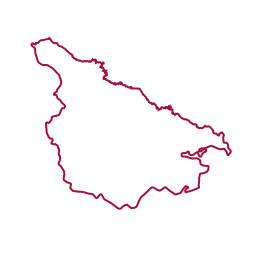 outline of Cat Tien, Lâm Đồng, Vietnam, rotated 276°
{"feature_id": "81297802B49537212124970", "entity_name": "Cat Tien", "entity_type": "district", "adm_level": 2, "iso_a3": "VNM", "parent_name": "Vietnam", "parent_adm1": "Lâm Đồng", "projection": "robinson", "projection_center": [107.427, 11.659], "detail": "fine", "context": "isolated", "style": "outline", "palette": "rose", "viewbox_px": 256, "rotation_deg": 276, "n_neighbors": 0, "source": "geoboundaries", "source_scale": "gbopen_adm2", "svg_char_len": 5842}
<svg xmlns="http://www.w3.org/2000/svg" viewBox="0 0 256 256"><g transform="rotate(276 128 128)"><path d="M202.9,27.6L201.8,27.6L201.4,27.3L201.4,26.6L202.2,24.4L201.6,23.5L200.6,23.3L199.8,23.8L198.1,26.6L197.3,27.3L192.5,28.1L190.2,29.2L186.2,30.7L184.4,31.8L183.5,32.7L182.1,35.4L181.7,37.5L182.0,38.9L182.0,41.6L179.4,47.0L173.5,53.9L167.6,56.7L165.7,56.8L163.4,56.3L160.9,55.0L158.9,53.6L157.3,53.5L155.8,52.2L155.4,51.6L154.3,50.9L153.6,50.8L153.3,51.1L153.3,53.1L152.9,53.6L150.1,54.9L148.4,57.8L146.5,59.2L144.1,62.5L143.4,63.0L142.6,63.1L141.1,62.5L140.8,60.8L140.4,60.3L138.1,59.3L136.0,59.0L133.8,57.9L132.6,55.4L132.1,53.4L131.4,51.7L130.7,51.1L128.4,51.1L126.1,49.9L124.8,48.6L125.1,47.0L124.2,45.9L122.9,46.0L121.9,46.5L119.9,46.5L118.5,47.1L116.2,47.3L114.4,47.9L110.7,50.1L109.5,51.5L109.5,53.0L109.0,53.9L108.5,54.4L107.9,54.4L105.6,53.5L104.5,53.7L104.1,55.6L104.4,57.4L103.2,59.5L102.7,60.0L101.3,60.4L100.7,60.9L98.9,61.8L97.4,62.0L96.3,61.7L94.5,62.0L94.1,62.1L93.2,63.1L90.9,63.7L88.5,63.6L86.3,62.6L84.8,62.9L83.7,63.9L83.4,64.9L78.3,68.9L75.6,69.5L70.7,69.3L69.5,69.8L69.0,70.5L67.7,72.8L67.0,76.3L66.5,77.0L65.8,77.2L62.5,76.8L62.0,77.1L60.0,79.3L59.7,79.9L59.6,81.2L59.5,85.3L59.7,88.6L59.4,91.9L58.7,95.0L58.6,99.4L57.7,100.8L55.1,103.5L55.0,104.1L55.6,104.9L58.6,106.8L59.2,107.7L59.2,108.3L58.8,109.0L55.4,111.3L54.6,112.0L51.4,119.3L47.2,126.2L46.8,128.4L47.3,129.5L48.9,130.6L50.4,132.3L51.2,133.6L51.7,135.1L49.6,138.0L48.7,139.9L49.3,142.6L50.5,144.5L51.5,145.1L55.7,146.2L58.6,147.3L60.8,148.4L63.7,151.2L70.6,157.0L71.5,158.2L71.5,159.4L69.5,163.7L69.1,166.2L70.1,167.8L72.6,170.5L72.9,171.7L69.6,176.6L68.4,179.2L67.1,181.1L66.9,181.9L68.0,185.2L69.0,187.2L73.6,189.5L76.2,191.5L76.3,192.0L76.1,192.5L75.4,193.9L75.1,194.0L74.6,193.8L73.3,192.2L72.1,191.5L70.6,191.6L70.2,192.2L70.3,193.1L70.9,194.0L71.6,196.2L74.6,202.4L76.1,204.7L76.6,204.9L78.6,204.2L82.7,204.3L86.1,204.0L89.6,204.4L90.2,204.8L90.9,207.8L92.7,211.0L94.5,212.0L97.1,212.3L98.1,212.1L98.5,211.7L98.6,211.1L98.5,206.9L99.2,204.8L99.5,204.3L100.6,203.6L103.3,203.2L104.6,201.2L105.1,199.2L104.3,195.3L104.6,192.6L105.6,189.2L105.4,185.2L105.7,184.7L106.5,184.1L107.9,184.1L108.7,184.9L109.1,188.0L110.8,190.1L110.9,190.6L110.5,191.1L108.8,191.4L108.1,192.2L107.7,192.7L107.6,194.1L108.5,196.1L110.8,198.5L111.2,199.3L111.0,199.8L110.5,200.1L107.5,201.8L107.1,202.6L107.2,203.6L109.8,204.5L110.4,204.9L111.2,205.5L113.0,208.1L113.8,208.2L114.8,207.6L115.1,206.6L114.6,205.6L112.4,202.9L112.1,201.7L112.4,200.9L114.4,201.5L114.9,202.2L115.4,203.4L116.0,206.8L118.5,211.4L118.9,212.5L118.7,214.1L116.6,220.7L116.6,222.4L117.2,225.0L117.2,226.3L114.5,228.5L111.7,229.9L111.5,230.2L111.7,230.7L114.0,232.4L115.1,232.7L115.8,232.6L116.8,232.0L117.7,230.7L118.9,229.7L122.4,228.9L123.0,228.4L123.6,227.6L123.4,225.5L123.7,224.7L127.9,223.7L131.1,224.1L133.4,221.9L132.4,220.0L131.9,219.6L130.1,219.4L130.0,218.8L130.3,218.0L131.7,216.3L131.6,214.4L131.8,213.9L132.9,213.1L133.9,213.0L134.6,212.6L137.0,210.2L137.8,209.1L138.1,208.1L137.5,206.0L138.1,204.9L138.2,204.4L137.5,204.0L135.9,202.3L135.5,200.7L135.7,199.9L135.4,199.2L135.4,198.0L136.2,197.4L136.3,196.5L136.8,196.5L137.2,195.9L138.2,195.8L138.7,195.0L138.8,194.3L138.4,193.4L138.7,192.6L138.6,191.9L139.3,191.2L140.5,188.7L141.8,187.7L142.0,186.3L142.6,185.5L142.5,184.6L142.8,183.9L142.5,183.4L142.6,182.4L143.3,181.2L143.4,180.4L144.1,179.7L145.0,178.3L146.1,177.2L146.9,176.9L147.4,176.1L147.4,175.6L146.9,174.8L147.1,174.1L146.0,173.3L146.7,172.7L146.9,170.8L147.2,170.6L147.3,171.4L147.6,171.5L149.1,170.4L151.0,170.3L151.2,169.9L150.7,167.9L151.0,167.1L151.7,167.5L152.9,167.5L152.8,168.3L153.1,168.6L153.4,168.4L153.6,167.5L154.5,167.2L154.1,166.4L152.4,166.1L151.7,165.3L151.9,164.7L152.7,164.7L152.9,164.2L152.6,163.7L152.7,163.0L151.6,162.9L151.8,162.3L151.5,161.4L152.0,160.4L152.1,159.3L151.3,158.7L150.2,158.6L150.0,157.7L149.3,156.7L150.1,156.7L150.9,155.9L150.9,155.5L150.3,154.9L150.4,154.4L151.2,154.2L151.7,154.6L152.1,154.5L152.9,153.7L153.8,153.1L154.3,151.7L155.0,151.6L155.2,150.6L154.3,149.8L154.2,149.4L155.4,148.5L155.3,147.4L155.9,146.2L157.8,145.2L158.1,144.1L158.6,144.2L159.3,143.3L160.1,143.1L161.2,141.6L162.1,140.9L162.9,139.3L163.7,139.0L167.9,135.7L168.3,134.9L167.8,127.0L168.6,127.3L169.2,126.7L168.4,124.8L168.3,124.1L169.2,122.9L169.0,121.4L169.8,121.2L170.3,120.8L170.0,118.7L171.0,117.6L170.9,116.2L171.3,116.1L172.2,116.8L172.7,116.0L172.2,114.9L170.6,114.1L170.6,113.8L171.2,113.2L171.1,112.6L169.9,111.3L169.8,110.9L170.0,110.6L171.1,110.6L171.3,110.4L171.2,110.1L170.3,109.4L170.2,109.1L171.1,108.2L171.0,106.6L172.0,105.9L171.9,105.0L172.6,104.8L172.9,104.6L172.9,103.3L173.4,102.1L173.5,101.3L174.6,100.7L174.1,98.8L174.5,98.5L175.5,98.9L176.7,98.8L177.2,99.4L177.9,101.0L178.7,101.5L179.6,101.2L179.6,100.0L179.8,99.8L180.5,100.9L181.1,100.9L181.3,100.5L181.2,99.3L181.4,99.0L181.9,99.0L182.5,99.6L182.2,97.9L182.3,97.2L183.6,98.0L184.2,97.5L185.0,97.2L185.1,95.7L186.1,95.9L186.3,95.7L185.6,94.4L185.8,94.0L187.5,95.3L189.1,96.1L189.6,97.1L190.1,97.0L190.6,96.6L190.5,96.3L189.5,95.7L189.2,95.2L190.6,93.4L190.0,92.4L190.4,91.3L190.3,90.8L189.3,89.2L190.8,88.8L192.0,89.2L192.4,88.9L192.6,88.3L191.9,87.4L192.3,87.3L192.1,86.4L192.6,85.7L191.5,85.3L191.2,84.6L189.9,83.9L190.4,82.8L189.8,82.1L190.3,80.6L189.9,79.9L190.3,79.0L189.9,78.5L190.1,77.8L189.6,77.3L189.3,76.2L189.6,74.6L190.1,73.4L189.9,72.6L190.2,71.7L190.1,70.4L190.4,69.7L190.9,69.6L191.1,69.4L191.1,68.4L191.5,67.3L192.6,66.4L193.2,65.3L193.8,65.0L194.6,65.2L194.8,64.7L195.2,64.4L195.7,62.9L199.5,57.9L201.8,54.0L202.6,50.6L203.6,49.5L205.0,48.6L204.7,46.3L204.8,45.3L205.1,44.7L206.4,42.8L207.4,42.2L209.2,40.4L209.0,40.0L208.1,39.7L207.6,37.1L206.6,34.6L206.2,32.5L205.0,30.8L203.3,29.6L203.1,29.0L202.9,27.6Z" fill="none" stroke="#9f1239" stroke-width="2"/></g></svg>